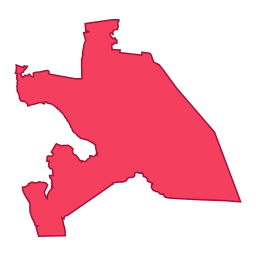 Sarichioi, Romania (Robinson projection)
{"feature_id": "2599482B95501245922169", "entity_name": "Sarichioi", "entity_type": "district", "adm_level": 2, "iso_a3": "ROU", "parent_name": "Romania", "parent_adm1": "", "projection": "robinson", "projection_center": [28.799, 44.916], "detail": "fine", "context": "isolated", "style": "filled", "palette": "rose", "viewbox_px": 256, "rotation_deg": 0, "n_neighbors": 0, "source": "geoboundaries", "source_scale": "gbopen_adm2", "svg_char_len": 5610}
<svg xmlns="http://www.w3.org/2000/svg" viewBox="0 0 256 256"><path d="M214.5,132.1L176.7,88.3L162.8,69.3L159.0,64.6L158.6,64.4L157.6,64.3L157.3,63.6L156.4,63.5L155.0,62.7L153.9,62.4L153.5,61.5L153.2,60.5L152.3,58.9L152.3,57.9L151.7,56.9L151.3,55.1L150.1,53.4L142.0,52.2L141.6,55.1L119.8,52.6L120.2,50.0L111.9,49.5L112.1,48.4L111.8,47.5L112.0,44.3L113.5,44.5L114.2,42.8L116.8,43.3L117.0,41.7L117.0,40.8L116.7,39.9L115.2,39.6L115.2,38.0L113.4,38.3L112.6,38.7L112.4,38.5L112.4,38.0L110.7,35.9L110.2,34.5L110.2,33.6L110.6,33.1L110.9,33.0L112.8,33.7L112.9,34.6L113.3,35.1L113.1,34.5L112.8,32.3L113.5,30.4L113.9,30.1L114.5,30.1L115.5,29.6L117.4,29.6L118.3,26.1L117.8,24.7L117.7,23.6L117.8,22.8L118.5,21.8L119.0,20.5L118.8,19.8L112.6,19.7L99.6,21.5L97.3,22.0L96.8,21.9L87.9,23.2L85.1,23.7L85.8,30.8L87.2,31.0L89.3,31.8L83.6,32.6L84.1,34.8L85.5,39.7L85.6,40.7L84.4,43.1L82.5,53.1L82.5,54.0L83.0,54.8L82.4,55.8L82.2,58.3L81.7,58.6L81.6,65.5L81.9,78.7L77.3,78.8L75.2,78.7L69.1,77.7L57.6,75.6L56.8,75.4L56.1,75.6L55.5,75.2L49.0,74.1L49.2,73.1L48.7,72.3L48.9,71.3L47.8,70.5L46.7,70.5L44.7,70.9L43.4,71.0L42.9,71.3L38.9,72.1L35.5,72.3L33.2,73.2L33.6,76.6L32.8,76.7L32.0,76.6L30.5,75.7L29.8,74.6L29.2,74.1L27.4,75.8L25.2,75.1L22.9,77.3L20.4,74.2L20.8,74.3L21.0,74.2L21.2,73.3L21.5,73.0L22.7,72.3L23.3,72.2L23.6,71.9L23.5,71.6L24.8,69.1L25.4,69.3L27.0,67.1L27.3,66.3L25.2,66.3L24.3,65.8L23.8,66.3L23.4,67.5L16.2,65.0L16.4,66.5L16.2,70.7L15.4,73.4L17.1,73.5L17.0,75.9L16.8,76.0L16.8,79.2L17.4,80.2L17.5,81.2L17.1,82.6L17.3,84.9L16.9,86.5L16.9,86.8L17.1,87.1L17.2,88.7L17.1,90.0L17.5,91.5L17.4,91.8L18.3,92.9L18.8,94.0L19.6,98.3L20.3,100.0L20.6,100.5L21.2,100.9L22.1,101.2L24.8,101.6L25.9,102.1L26.6,103.0L27.3,103.7L27.6,105.7L27.9,106.0L30.5,104.9L32.7,104.6L38.5,102.9L40.4,102.5L41.7,102.7L42.8,103.5L44.6,103.8L44.7,103.3L44.2,102.1L45.7,101.7L46.0,101.7L46.9,102.3L47.0,102.6L46.9,102.8L47.5,103.1L51.5,104.0L53.5,105.1L55.3,106.5L56.6,107.8L57.1,107.9L57.0,108.2L59.1,109.8L60.4,111.3L61.3,112.0L61.6,112.6L62.7,113.4L63.6,114.7L64.9,116.7L65.2,117.6L65.7,117.9L65.7,118.1L66.6,119.0L66.8,119.8L67.4,120.9L68.0,121.3L69.1,122.8L70.4,125.7L70.6,126.9L71.3,127.6L71.9,128.5L72.4,130.4L73.1,131.6L75.7,133.6L77.5,135.7L78.8,136.6L80.4,138.2L82.9,138.8L85.2,139.5L86.5,139.7L87.7,140.1L92.2,142.8L93.2,143.0L94.0,144.0L95.3,144.8L95.9,148.8L96.8,152.8L97.5,153.4L97.2,154.1L97.1,154.4L97.0,154.2L96.3,153.9L96.1,154.9L94.2,156.4L93.1,156.4L90.9,155.6L89.7,155.9L89.7,156.9L89.9,157.4L89.6,158.0L87.6,159.2L86.9,160.1L86.8,160.6L86.5,160.8L85.7,161.1L84.5,161.4L82.6,161.1L82.0,161.6L82.0,160.9L81.4,161.1L81.2,161.4L81.3,161.6L81.1,161.4L81.2,161.0L80.6,160.9L80.4,161.1L80.6,160.6L80.2,160.7L79.8,160.4L78.6,158.5L77.6,157.4L76.5,155.7L76.0,155.2L73.9,154.4L73.5,153.6L72.9,153.1L72.6,152.5L72.5,151.1L72.6,150.8L72.5,150.5L72.9,149.4L72.9,148.8L71.0,147.1L68.6,145.5L66.8,145.2L65.5,145.8L64.1,145.2L62.5,145.8L61.7,145.9L61.1,145.8L60.5,145.3L58.4,144.8L56.5,143.7L55.9,144.3L51.3,152.1L51.4,152.5L53.5,153.6L52.5,155.9L51.9,156.2L48.2,155.9L47.1,156.8L47.2,157.2L46.8,161.2L49.2,161.3L48.5,165.8L49.2,167.2L50.1,168.5L51.8,168.8L52.0,169.0L52.4,169.6L52.7,172.4L52.9,172.7L53.0,175.2L52.8,175.7L52.3,175.9L51.1,175.3L50.6,175.7L49.6,175.5L49.8,176.0L49.6,177.1L51.8,179.9L52.0,181.4L52.3,181.9L52.0,182.0L51.8,182.6L51.6,182.7L51.6,183.3L52.1,184.0L52.1,184.6L51.8,184.9L51.9,186.3L51.7,186.3L51.5,187.0L52.7,187.5L51.3,188.9L48.8,192.2L47.4,195.3L47.3,196.4L47.3,198.6L45.9,197.0L46.0,196.7L45.9,196.2L45.0,195.1L44.3,191.9L45.1,190.5L45.2,189.9L46.1,188.8L46.2,188.0L46.6,187.5L46.8,186.4L47.5,185.9L47.6,185.6L47.6,184.8L46.1,183.3L45.3,182.8L44.0,182.4L42.3,182.5L40.2,182.0L39.5,181.7L39.0,181.8L38.2,182.4L34.3,183.1L33.0,182.2L32.0,182.0L31.2,182.3L30.2,183.1L29.0,183.5L28.4,183.9L28.3,184.1L28.6,184.5L28.5,184.8L26.2,186.4L24.9,186.9L22.4,187.2L22.7,190.2L23.3,191.2L23.6,192.2L24.8,195.0L25.4,195.8L26.3,197.6L26.9,198.3L27.7,199.9L28.7,201.2L29.8,203.3L29.9,205.1L30.1,205.8L30.0,206.2L29.9,208.1L30.1,208.8L29.9,210.2L30.2,211.7L30.1,212.6L30.8,214.1L31.6,217.1L31.8,217.2L32.3,218.6L34.0,221.7L34.1,222.3L34.5,223.0L35.0,224.2L34.8,224.5L35.5,225.6L35.9,226.1L37.6,226.0L36.4,227.1L36.5,227.3L36.2,227.8L38.7,236.3L41.9,236.1L65.3,235.7L65.0,230.6L64.6,227.7L64.5,227.4L64.4,227.5L63.7,225.2L63.2,222.9L62.8,220.3L62.0,217.9L64.0,218.9L64.0,218.5L64.7,216.2L67.6,215.3L101.3,192.0L111.8,184.6L113.0,184.1L112.7,183.0L116.2,182.4L117.2,182.1L122.6,182.0L126.2,180.8L126.3,180.7L126.2,180.6L126.5,180.4L127.0,179.5L127.0,179.0L128.2,178.1L128.3,177.7L132.0,177.4L133.6,176.9L134.4,176.4L134.3,176.0L134.7,175.5L134.5,174.9L134.6,174.7L134.5,174.0L134.9,173.4L135.1,172.7L135.6,172.5L137.1,172.6L138.0,172.5L139.5,173.3L140.8,173.3L141.2,172.6L142.1,173.0L142.2,173.5L142.7,173.5L143.0,173.7L142.9,174.1L143.2,174.4L143.2,174.7L143.1,174.8L143.3,175.1L143.2,176.2L144.1,176.8L145.2,176.9L146.4,177.4L146.6,177.8L146.6,178.3L147.4,178.8L147.6,179.2L147.6,179.6L147.3,180.7L148.0,181.4L148.7,181.8L149.3,181.8L149.4,182.0L150.3,182.3L151.4,183.0L152.3,183.3L152.1,183.4L152.7,184.2L151.8,184.5L151.6,185.0L151.4,185.2L151.5,187.5L151.6,188.0L152.8,189.6L153.0,190.1L153.8,190.7L155.3,191.0L155.6,191.5L155.9,191.6L157.3,191.6L158.2,191.9L158.8,192.4L159.4,193.5L161.0,194.2L163.1,194.6L163.3,193.9L163.4,194.0L163.4,194.4L163.7,194.6L163.7,194.9L163.9,195.2L164.1,196.2L164.3,196.4L164.5,196.5L164.7,196.8L165.2,197.1L165.6,196.9L165.7,197.3L166.5,197.6L169.7,198.1L179.4,198.7L202.0,199.8L222.3,200.5L228.9,200.9L235.2,201.5L240.6,201.8L214.5,132.1Z" fill="#f43f5e" stroke="#9f1239" stroke-width="1.5"/></svg>